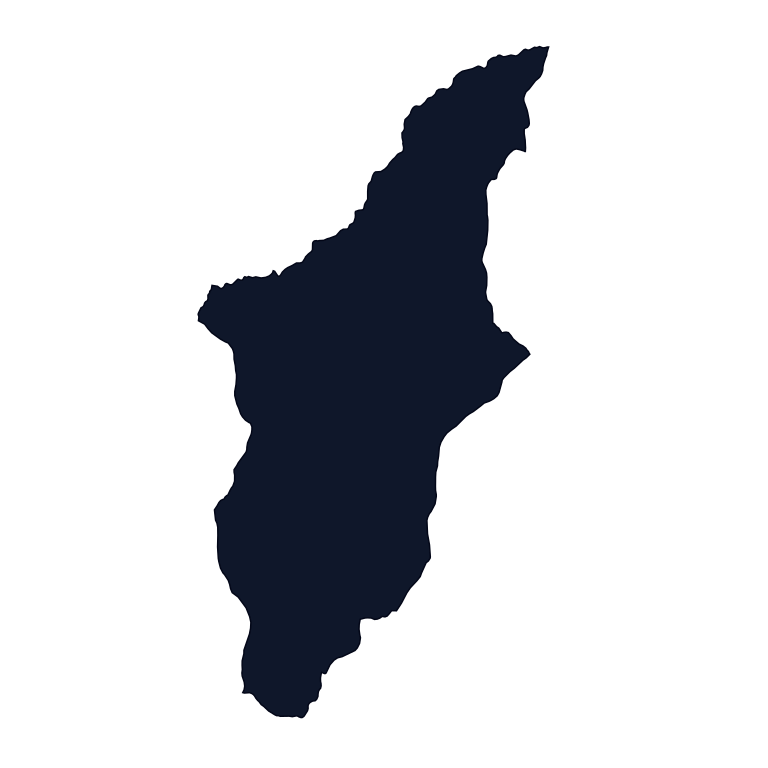 the district of Macaravita, Santander, Colombia, rotated 177°
{"feature_id": "7082276B90851021474579", "entity_name": "Macaravita", "entity_type": "district", "adm_level": 2, "iso_a3": "COL", "parent_name": "Colombia", "parent_adm1": "Santander", "projection": "equal_earth", "projection_center": [-72.593, 6.513], "detail": "fine", "context": "isolated", "style": "filled", "palette": "ink", "viewbox_px": 768, "rotation_deg": 177, "n_neighbors": 0, "source": "geoboundaries", "source_scale": "gbopen_adm2", "svg_char_len": 6118}
<svg xmlns="http://www.w3.org/2000/svg" viewBox="0 0 768 768"><g transform="rotate(177 384 384)"><path d="M566.0,456.9L560.0,453.2L556.7,448.3L553.3,444.1L545.0,437.4L540.2,434.4L537.4,433.1L533.5,427.3L532.7,424.7L532.2,422.0L532.4,416.6L531.5,410.0L531.4,405.3L530.8,401.2L531.0,397.6L531.8,391.2L533.4,384.4L533.6,380.2L532.9,376.5L531.9,371.6L530.2,367.2L528.7,361.8L527.0,358.6L524.2,355.1L520.7,352.5L519.4,351.9L518.1,348.2L518.3,345.0L518.9,341.9L519.4,340.4L523.3,332.4L524.2,328.2L524.4,325.9L525.0,323.8L525.9,322.4L533.6,313.0L535.2,310.3L538.2,306.3L538.3,303.8L537.9,300.8L538.3,294.7L540.3,289.9L541.8,288.2L543.2,286.0L545.7,281.3L547.0,280.7L548.6,279.4L549.9,277.3L551.2,277.1L553.3,276.1L555.0,274.3L556.9,271.2L559.9,267.2L559.3,256.8L558.1,253.8L557.5,249.6L557.8,241.5L558.7,230.0L558.6,218.4L558.2,215.2L556.9,208.7L554.7,203.8L553.2,202.0L549.8,196.1L548.6,191.9L547.9,187.6L546.5,183.6L540.8,178.9L533.4,167.7L530.3,158.6L529.4,152.9L530.0,147.1L531.4,141.4L537.8,125.5L538.0,122.1L540.1,115.0L540.4,110.5L540.4,106.2L541.0,102.9L540.9,99.8L539.2,93.7L538.9,89.6L539.7,86.0L541.2,83.2L539.7,82.7L534.4,82.8L532.3,81.9L530.8,80.8L529.6,79.3L528.3,76.8L526.6,74.5L525.5,73.5L523.4,70.3L521.0,68.4L516.2,63.4L510.2,59.3L508.5,58.4L506.7,58.3L505.0,57.6L496.2,57.3L493.0,56.6L488.7,57.2L487.2,56.7L486.5,56.1L484.3,55.2L482.9,55.3L481.3,56.4L480.6,57.3L477.5,61.7L476.8,63.8L476.7,66.8L475.7,68.8L474.4,69.9L472.0,71.1L469.3,71.3L467.8,72.6L466.9,74.3L466.3,75.6L466.1,77.9L465.6,80.3L464.5,82.2L463.3,83.4L462.6,85.8L462.6,88.2L462.9,89.9L462.9,92.7L462.7,94.5L461.8,98.3L461.4,99.3L458.4,97.9L457.9,97.9L457.0,98.4L452.6,106.5L448.3,110.9L444.7,113.0L440.1,113.9L426.9,119.4L424.5,121.8L422.0,126.2L420.8,131.8L421.3,134.5L421.8,140.4L421.4,145.0L420.1,150.3L415.4,151.3L413.0,151.4L409.0,151.0L405.8,149.4L402.9,149.6L400.3,150.5L398.0,152.0L395.2,151.4L393.0,152.1L390.7,154.4L388.3,157.2L383.4,156.9L378.0,164.3L372.1,174.3L368.4,179.1L361.1,186.2L357.9,189.8L356.5,193.2L351.3,203.3L348.9,205.0L347.0,207.8L346.8,209.0L347.0,220.9L348.4,232.0L348.3,245.6L347.4,248.6L345.6,252.0L343.7,254.2L339.3,261.6L337.7,268.9L337.6,270.8L338.1,275.1L338.0,279.1L337.4,288.6L336.9,293.3L334.9,299.4L334.5,303.5L333.3,309.2L332.1,317.9L330.2,322.9L326.7,328.3L323.8,331.7L319.1,335.2L314.2,338.2L304.1,347.3L300.6,349.6L296.0,352.0L288.5,357.1L284.9,359.8L280.1,361.2L278.2,362.0L275.1,363.6L271.6,366.3L269.6,369.5L266.2,379.7L265.8,381.7L263.9,384.1L257.7,389.7L253.0,393.0L244.1,400.5L240.6,402.7L236.8,406.1L237.6,407.5L238.1,408.9L239.5,410.5L240.5,412.3L243.2,414.7L247.0,416.8L250.8,420.4L252.8,422.4L254.6,425.5L257.1,428.8L259.3,429.4L261.6,429.3L263.1,428.9L263.7,429.0L266.5,433.8L268.6,435.4L271.1,438.7L272.2,439.1L271.8,448.4L272.1,451.8L272.1,453.7L272.3,455.8L273.5,458.6L276.1,461.6L276.9,462.9L277.8,469.7L277.7,471.1L276.3,477.0L275.7,485.1L275.8,489.4L276.7,493.1L279.5,500.1L279.9,501.9L279.7,504.2L278.1,509.8L276.3,514.6L274.6,518.2L272.4,532.1L271.7,542.2L271.9,545.7L272.2,547.5L271.7,558.8L272.3,567.9L272.2,572.3L271.2,575.3L269.9,578.1L269.1,579.4L267.0,581.8L266.0,582.7L263.0,582.6L261.3,583.3L260.8,584.0L260.1,587.4L259.5,588.9L258.0,591.4L256.8,593.2L253.3,596.8L252.4,598.4L252.0,600.5L251.0,602.6L248.6,605.8L246.3,608.1L242.6,611.0L239.9,611.8L239.0,611.7L235.8,610.8L231.6,609.2L231.4,608.9L230.7,608.8L230.3,612.4L230.3,620.4L230.9,626.8L230.7,630.6L230.5,631.2L230.0,631.9L227.4,632.8L226.9,633.3L225.7,634.9L225.3,636.6L225.4,640.4L226.3,647.2L226.9,650.4L229.5,659.0L229.6,661.4L229.3,662.9L228.1,666.0L226.8,668.4L223.7,671.0L216.9,678.9L213.4,681.5L212.0,682.9L210.4,685.6L209.1,688.8L208.7,692.3L207.8,695.7L205.6,701.3L204.5,703.4L204.0,706.3L202.0,711.9L203.3,712.0L205.2,711.5L207.7,711.3L211.0,712.8L213.7,711.9L216.1,712.4L220.6,710.2L221.8,709.9L222.9,709.9L225.3,710.9L226.8,710.4L232.5,705.6L235.0,704.6L240.0,705.8L245.6,704.6L247.8,704.5L250.9,706.2L251.7,706.3L252.9,706.1L253.9,705.0L255.2,704.4L257.5,704.3L259.8,703.4L262.9,701.0L263.4,700.0L264.1,696.9L264.4,696.2L265.8,694.5L266.9,694.1L267.8,693.9L271.1,695.8L272.8,696.4L273.6,696.4L279.1,694.2L289.4,692.2L292.3,690.6L295.6,688.2L296.9,686.4L297.6,686.0L298.4,685.0L299.0,681.8L299.7,679.8L300.9,677.9L304.2,675.2L305.8,674.8L309.1,675.7L313.9,675.3L315.9,674.0L317.7,670.7L318.7,669.8L321.0,668.0L324.5,667.2L325.4,666.7L328.1,663.3L332.4,659.8L333.5,659.4L335.4,659.5L337.0,659.9L338.4,659.7L339.9,658.8L341.0,657.7L342.0,656.1L343.0,654.1L343.4,652.6L345.6,649.9L349.1,647.0L350.2,642.4L350.1,639.1L350.3,637.3L351.7,635.1L352.9,633.8L353.0,629.0L352.3,624.8L352.6,623.0L352.0,619.3L352.4,616.6L352.9,615.5L354.5,614.2L356.3,613.7L358.4,612.6L361.3,609.4L363.5,607.7L366.9,604.2L368.2,602.1L369.7,600.4L372.0,598.5L375.9,596.3L381.4,596.2L382.6,595.4L383.8,593.6L384.6,591.9L386.2,587.1L388.7,584.6L389.5,582.7L390.2,577.3L390.6,569.5L391.2,568.3L393.2,565.7L394.0,564.1L394.8,560.9L395.5,559.4L396.4,559.0L400.0,558.8L403.4,557.8L403.8,556.4L403.7,553.9L404.0,551.5L405.5,547.4L406.6,546.2L409.6,544.9L410.4,543.7L411.1,542.0L411.9,540.9L413.3,540.6L416.6,540.7L419.4,539.3L424.0,534.6L430.6,532.5L433.0,532.0L436.6,530.6L441.2,530.6L442.6,530.3L444.0,530.7L446.2,530.5L447.5,529.3L447.9,528.1L448.4,521.9L449.3,520.2L452.7,517.8L455.7,515.0L456.3,513.7L459.0,509.9L461.4,509.2L465.1,509.4L470.0,506.9L474.0,505.3L476.8,503.6L479.7,501.0L481.4,498.4L482.6,497.2L483.7,497.1L484.5,497.6L487.3,502.3L488.7,502.9L489.5,500.8L491.0,499.3L493.0,497.9L496.5,496.7L501.2,496.3L506.4,497.7L509.7,497.0L513.7,498.4L515.3,497.6L517.4,498.4L518.5,497.5L518.8,496.7L519.5,495.7L520.3,495.1L521.8,495.2L524.0,496.3L524.6,496.2L529.8,491.6L530.7,491.2L532.4,491.1L535.4,492.5L536.1,492.6L536.8,492.3L537.6,491.6L538.1,490.4L539.4,488.8L541.2,487.8L542.7,488.2L545.1,490.3L550.6,491.5L551.4,487.8L552.0,486.7L553.1,485.8L553.6,483.7L554.8,482.6L555.2,481.8L555.3,478.3L555.8,476.9L556.5,476.1L557.8,475.5L558.9,474.2L559.6,472.2L560.2,471.2L561.1,470.4L562.7,469.7L565.5,464.6L565.9,463.6L565.9,462.8L565.4,461.5L565.4,460.0L566.0,456.9Z" fill="#0f172a" stroke="#020617" stroke-width="1.5"/></g></svg>